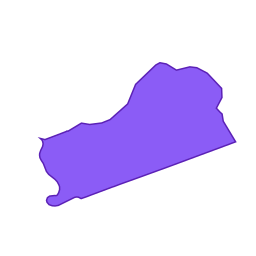 Sarpy, Nebraska, United States of America, rotated 160°
{"feature_id": "52423323B27146755519961", "entity_name": "Sarpy", "entity_type": "district", "adm_level": 2, "iso_a3": "USA", "parent_name": "United States of America", "parent_adm1": "Nebraska", "projection": "natural_earth1", "projection_center": [-95.999, 41.093], "detail": "fine", "context": "isolated", "style": "filled", "palette": "violet", "viewbox_px": 256, "rotation_deg": 160, "n_neighbors": 0, "source": "geoboundaries", "source_scale": "gbopen_adm2", "svg_char_len": 976}
<svg xmlns="http://www.w3.org/2000/svg" viewBox="0 0 256 256"><g transform="rotate(160 128 128)"><path d="M31.6,78.2L36.2,101.8L34.8,109.0L36.1,111.4L38.2,116.4L29.3,124.5L26.5,133.2L34.8,152.4L42.7,161.1L49.0,164.3L62.7,165.8L70.0,175.0L75.7,178.4L80.3,177.7L105.9,166.4L120.1,150.7L142.0,142.0L151.0,141.7L162.8,144.4L170.1,148.5L185.5,145.5L185.9,145.8L186.3,146.0L186.9,146.0L187.4,145.8L210.0,145.5L214.0,148.2L213.0,146.2L212.8,144.5L213.2,142.1L214.6,139.8L217.6,136.9L219.7,134.3L220.4,132.7L220.9,130.2L220.6,127.5L219.7,123.6L219.5,115.1L218.4,111.6L214.2,104.8L212.9,101.7L212.4,98.2L212.4,96.2L213.3,93.6L213.4,93.4L215.3,90.9L217.1,89.4L218.0,89.0L218.9,89.1L219.9,89.6L224.9,90.8L227.5,90.1L229.3,87.9L229.5,85.9L228.4,83.0L225.9,80.9L223.2,79.7L220.0,79.1L201.7,81.1L199.7,80.7L198.2,79.9L196.2,77.7L189.5,77.6L186.1,77.7L162.5,77.9L161.2,77.8L155.2,77.9L131.8,77.8L100.4,77.8L84.8,77.9L31.6,78.2Z" fill="#8b5cf6" stroke="#5b21b6" stroke-width="1.5"/></g></svg>